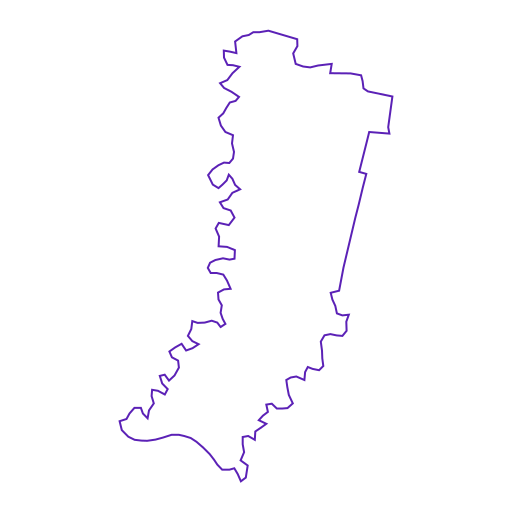 the district of Caibi, Santa Catarina, Brazil
{"feature_id": "56859067B86054509591718", "entity_name": "Caibi", "entity_type": "district", "adm_level": 2, "iso_a3": "BRA", "parent_name": "Brazil", "parent_adm1": "Santa Catarina", "projection": "natural_earth1", "projection_center": [-53.28, -27.03], "detail": "fine", "context": "isolated", "style": "outline", "palette": "violet", "viewbox_px": 512, "rotation_deg": 0, "n_neighbors": 0, "source": "geoboundaries", "source_scale": "gbopen_adm2", "svg_char_len": 2552}
<svg xmlns="http://www.w3.org/2000/svg" viewBox="0 0 512 512"><path d="M392.4,96.5L367.9,91.4L363.5,88.4L362.6,81.1L361.1,75.3L350.5,73.4L330.2,73.2L331.7,63.9L318.1,65.5L310.2,67.4L303.1,66.5L295.7,63.9L293.2,53.4L297.4,46.1L297.2,39.2L268.4,30.7L259.5,32.2L253.3,32.2L248.8,35.0L242.4,36.3L235.1,41.5L236.4,53.1L229.8,51.6L223.8,50.6L224.0,57.6L227.5,64.9L233.0,65.2L239.4,66.8L232.5,73.2L227.3,80.1L220.1,83.2L224.1,88.0L231.5,91.8L239.0,96.9L235.6,100.9L229.8,102.5L226.4,107.8L223.3,113.3L218.5,117.7L220.9,125.6L225.4,132.0L233.0,135.2L232.0,143.4L234.0,151.9L233.0,158.6L229.3,163.0L224.0,162.6L218.5,165.2L212.6,169.4L208.1,175.1L212.8,184.6L218.5,188.1L222.5,184.6L226.7,180.4L228.8,174.7L232.4,178.8L235.1,184.9L240.1,189.3L232.4,192.8L227.7,199.5L219.9,202.3L223.5,208.1L230.7,210.5L234.5,217.6L228.8,225.1L218.8,222.9L215.6,228.5L219.1,236.6L218.6,246.3L227.0,246.9L234.9,250.1L234.5,258.7L229.5,259.6L223.0,258.3L215.4,260.0L210.1,262.7L207.8,267.9L210.7,273.0L216.7,273.0L223.3,274.6L227.0,280.6L230.6,288.8L224.0,289.4L218.0,292.6L218.5,299.5L221.8,305.3L220.6,312.8L222.7,318.9L225.4,323.9L220.6,327.0L217.3,322.6L211.7,320.7L204.7,322.6L197.6,322.9L192.3,321.1L191.3,329.0L187.9,335.9L192.3,341.1L198.6,344.2L192.5,348.2L186.1,350.5L181.6,343.8L175.2,347.4L169.4,351.5L171.9,357.3L178.1,360.6L178.9,367.6L174.5,375.5L169.0,380.6L164.7,374.7L159.8,375.9L162.2,383.5L167.7,389.1L164.8,394.5L158.0,390.8L152.1,389.8L151.6,396.1L153.8,403.4L149.0,410.4L147.6,418.3L142.9,413.5L140.9,407.9L134.4,407.9L129.5,413.5L126.5,419.0L119.6,421.2L121.8,430.1L128.3,436.7L134.6,439.8L141.4,440.6L147.2,440.8L155.5,439.6L162.9,437.6L171.6,434.8L178.9,434.8L184.2,436.0L190.7,438.0L196.5,441.8L203.4,447.8L209.7,454.1L214.1,459.8L217.3,464.6L222.2,469.7L229.3,469.7L234.3,468.3L237.7,474.0L240.9,481.3L245.8,477.6L247.7,465.5L240.6,460.4L244.1,452.2L242.7,444.3L242.7,437.0L248.2,436.0L254.8,439.8L255.3,431.5L261.6,427.2L266.3,423.8L258.8,420.2L262.9,415.7L267.9,411.9L266.3,404.6L271.8,403.7L276.8,408.5L282.6,408.5L287.5,408.1L292.8,403.4L288.8,394.9L287.3,387.0L286.3,380.0L290.7,377.5L296.3,376.5L304.4,380.0L305.1,372.1L307.8,367.0L312.6,368.9L319.1,370.2L323.3,366.0L322.3,358.4L322.0,350.6L320.8,341.6L324.5,335.3L330.4,334.1L336.6,335.4L342.4,335.9L346.6,330.8L346.3,321.7L348.8,314.7L342.4,315.4L336.9,313.4L335.3,305.9L332.4,299.6L330.7,292.8L339.1,290.7L343.5,267.5L355.3,217.8L358.7,204.6L362.9,187.1L366.3,173.9L359.2,171.9L366.6,142.5L369.2,132.0L389.4,133.6L388.2,127.2L392.4,96.5Z" fill="none" stroke="#5b21b6" stroke-width="2"/></svg>